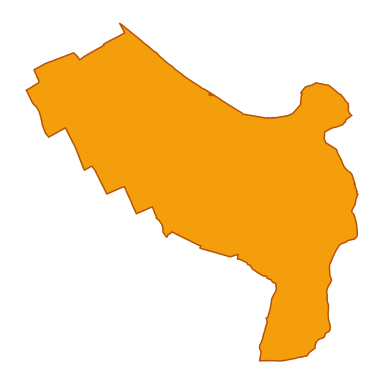 Muntenii De Sus, Vaslui, Romania
{"feature_id": "2599482B76397304697480", "entity_name": "Muntenii De Sus", "entity_type": "district", "adm_level": 2, "iso_a3": "ROU", "parent_name": "Romania", "parent_adm1": "Vaslui", "projection": "albers", "projection_center": [27.767, 46.691], "detail": "fine", "context": "isolated", "style": "filled", "palette": "amber", "viewbox_px": 384, "rotation_deg": 0, "n_neighbors": 0, "source": "geoboundaries", "source_scale": "gbopen_adm2", "svg_char_len": 5941}
<svg xmlns="http://www.w3.org/2000/svg" viewBox="0 0 384 384"><path d="M306.5,356.1L306.9,355.8L307.8,354.7L308.4,354.0L309.2,352.6L311.1,351.0L314.8,348.4L315.1,347.7L315.0,346.4L315.2,345.2L315.8,343.4L316.4,341.9L317.8,340.3L319.7,338.9L321.2,338.5L322.0,338.3L323.0,337.8L323.9,337.2L324.6,336.6L324.8,335.5L325.2,334.5L325.5,333.6L326.1,333.0L327.9,332.1L328.8,331.6L329.1,331.2L329.8,330.2L330.1,329.3L330.2,326.6L329.9,324.3L329.8,323.8L329.1,322.0L328.5,319.3L328.2,316.9L328.2,315.7L328.1,313.9L328.2,311.8L328.5,307.9L328.5,306.4L328.5,305.5L328.3,304.4L328.1,303.8L327.7,302.8L327.4,301.9L327.1,298.3L327.2,294.4L326.7,292.4L326.7,291.4L326.8,290.4L327.4,288.5L328.2,286.4L328.7,285.6L330.4,283.1L330.9,281.7L331.3,280.7L331.4,280.4L331.4,279.6L331.2,278.8L330.2,276.3L329.9,275.3L329.8,273.3L329.7,271.7L329.6,270.1L329.5,269.1L329.4,267.0L329.5,265.7L329.7,264.8L330.0,264.0L330.5,263.0L331.0,261.7L332.0,259.5L332.4,258.5L332.9,256.8L333.5,255.5L334.1,254.3L335.6,251.3L337.1,248.7L338.7,246.2L339.7,244.9L340.3,244.6L341.0,244.0L342.0,243.5L343.9,242.9L345.8,242.1L348.3,240.5L348.9,240.4L349.5,240.1L350.3,240.0L353.8,239.2L354.8,238.8L355.4,238.3L356.5,236.9L357.1,235.8L357.3,234.9L357.3,233.7L357.2,231.4L357.0,228.9L356.8,227.1L356.6,225.0L356.2,223.0L356.2,222.5L356.2,222.3L355.6,220.3L355.5,219.7L355.2,218.6L354.8,217.2L354.5,216.4L354.1,215.2L353.8,214.4L352.9,213.5L352.5,213.1L352.2,212.7L351.9,212.1L351.8,211.1L352.3,209.6L353.2,207.8L354.4,205.8L355.1,204.3L355.4,203.1L355.5,202.5L355.8,200.1L356.0,199.2L356.5,197.9L357.0,196.3L357.6,195.1L357.7,194.8L357.8,194.3L357.7,193.9L356.8,193.1L356.5,192.0L357.1,191.7L356.8,191.0L355.6,187.5L354.4,184.2L355.1,184.1L354.7,183.0L352.3,175.6L351.7,174.1L351.2,173.4L350.8,173.0L350.3,172.5L349.7,172.1L348.9,171.6L347.3,170.4L346.7,169.7L345.6,168.6L344.3,167.1L343.9,166.2L342.7,163.6L342.2,162.4L341.5,160.6L340.1,157.8L338.2,154.1L337.5,153.1L337.2,151.7L336.7,149.8L336.1,149.2L331.1,146.0L327.6,143.8L325.8,143.0L325.6,142.2L325.3,141.5L325.0,140.6L324.5,139.6L324.3,138.8L324.1,138.1L324.3,137.4L324.4,136.6L324.5,135.9L324.5,135.2L324.6,133.6L324.7,132.6L324.9,132.0L325.7,131.4L328.9,129.7L331.8,128.2L332.9,127.7L333.8,127.6L334.6,127.4L336.4,126.9L336.9,126.9L337.5,126.7L342.6,124.7L343.4,123.5L344.0,123.2L344.4,122.7L345.4,121.9L345.6,120.3L346.1,119.7L346.8,119.0L351.7,115.5L351.5,115.3L350.9,114.7L349.6,113.3L348.6,111.2L348.3,110.3L348.5,106.3L348.1,103.3L346.7,102.3L345.3,100.6L343.7,98.0L342.7,96.8L341.3,95.4L341.1,94.6L340.6,94.5L339.4,94.2L337.5,92.5L332.5,88.3L328.7,85.3L324.6,84.6L319.7,83.6L316.0,82.8L313.2,84.4L311.4,85.3L307.4,86.2L305.4,87.1L304.0,88.6L300.8,92.9L302.2,93.8L301.4,95.4L300.6,102.2L300.7,104.5L293.9,112.2L292.3,113.8L288.1,115.5L285.7,116.1L279.8,117.0L273.6,118.1L273.7,117.9L273.7,117.5L270.1,118.1L268.2,117.6L267.7,118.3L258.3,116.7L243.0,114.1L241.9,113.0L230.3,105.8L222.4,100.9L221.3,100.0L212.8,94.4L212.5,95.6L209.2,95.1L209.3,93.8L211.7,93.8L210.1,92.7L204.8,89.4L202.2,88.3L200.5,87.1L199.6,86.4L195.8,84.0L188.6,79.3L185.0,76.9L183.6,75.7L181.3,73.8L178.4,71.7L175.5,69.5L172.2,66.5L167.2,62.9L165.3,61.2L162.9,59.0L159.7,56.4L157.8,54.3L156.4,52.5L154.4,51.7L147.7,45.9L144.0,43.1L141.0,40.4L125.2,27.6L122.3,25.2L120.0,23.6L119.4,23.0L120.2,24.3L121.2,26.2L122.3,28.4L123.9,31.3L124.6,32.9L123.8,33.4L118.0,36.6L109.9,40.7L103.4,44.3L103.8,45.4L97.5,48.9L89.2,53.6L86.2,55.3L83.6,57.0L81.8,58.5L79.7,59.7L79.3,59.4L79.1,59.0L77.8,57.1L77.4,56.5L73.7,52.8L49.8,61.9L46.7,63.0L45.3,63.6L43.2,64.7L39.6,66.8L37.4,67.8L36.2,68.6L34.9,69.3L34.2,69.5L34.5,70.8L34.9,71.7L35.2,72.9L35.6,73.7L36.1,74.3L36.5,75.4L36.9,76.4L36.9,77.2L37.5,77.6L37.8,78.1L38.0,78.9L39.0,81.1L38.9,81.6L38.8,82.4L38.4,83.0L34.4,85.2L31.3,87.4L26.2,90.3L26.7,91.0L28.4,94.4L32.2,102.3L33.3,103.9L34.3,104.9L35.1,105.6L36.9,107.7L38.2,109.8L39.1,111.7L40.3,115.3L41.1,118.7L41.5,120.1L42.0,122.6L42.3,124.8L43.2,127.3L44.3,130.2L45.1,132.0L45.5,133.2L46.1,134.1L46.7,134.6L48.1,136.3L48.7,137.1L65.4,127.9L67.3,131.5L70.2,137.4L74.4,145.5L75.5,147.7L78.8,156.2L82.4,165.6L84.2,170.0L84.5,170.1L85.9,169.4L90.2,166.9L91.6,166.3L92.4,166.5L93.0,167.7L94.2,169.2L95.3,170.9L99.1,178.6L101.8,183.9L105.1,190.5L106.9,194.0L120.1,188.2L122.7,187.2L124.2,186.8L124.6,187.1L127.6,194.1L130.6,200.4L132.5,205.3L136.4,213.7L144.4,210.3L152.4,206.8L152.5,207.1L154.7,213.1L156.3,216.4L156.4,218.4L157.1,218.8L158.6,219.9L160.4,222.3L161.4,223.7L162.1,225.0L162.5,226.6L163.0,229.3L163.0,231.0L162.9,231.4L163.2,232.4L164.3,234.1L165.2,235.3L166.4,237.0L166.9,237.1L167.1,236.8L168.3,234.3L168.9,234.1L170.3,233.5L171.2,232.7L171.7,231.8L177.0,234.5L197.9,244.8L200.7,245.9L199.9,247.9L200.9,248.5L219.7,253.8L230.2,256.9L237.8,254.4L238.1,254.9L237.4,258.9L238.4,259.4L239.0,259.0L243.7,261.1L244.3,261.6L245.1,261.8L246.5,262.4L247.4,263.9L247.6,264.5L248.7,264.8L250.1,265.4L250.7,265.9L251.1,267.0L252.4,269.0L253.2,269.4L256.9,272.1L258.1,272.9L260.3,274.2L263.4,276.0L264.7,276.1L265.1,275.9L265.8,275.8L266.5,276.3L266.5,277.0L266.9,278.0L267.7,278.5L268.9,279.1L269.8,279.2L271.0,279.8L271.7,280.9L272.7,282.2L273.5,282.7L274.0,282.9L274.8,282.8L275.6,283.7L276.4,288.6L275.7,291.6L274.7,292.8L271.8,298.7L270.4,307.8L269.6,311.1L268.9,313.0L268.3,315.5L267.6,317.2L266.1,318.2L266.7,319.1L266.6,319.8L266.8,320.4L267.1,322.5L266.9,323.7L266.4,324.6L266.1,325.7L265.2,328.7L264.9,330.4L264.4,332.0L264.2,332.1L263.8,333.8L263.1,336.1L263.0,336.9L262.8,337.7L262.6,338.2L262.6,339.0L262.3,339.9L261.9,340.6L261.7,340.9L261.6,341.5L261.4,342.3L260.9,342.9L260.5,343.9L260.0,344.8L259.6,346.6L259.5,347.7L260.3,350.4L260.9,351.0L261.2,352.0L260.8,353.8L259.6,360.8L265.6,360.7L272.3,360.6L276.9,360.8L280.6,361.0L283.1,360.6L284.8,360.4L289.6,359.5L292.6,358.8L294.5,358.7L295.8,358.1L298.2,357.5L299.9,357.2L301.9,357.1L302.9,356.8L303.9,356.3L305.1,356.1L306.0,356.1L306.5,356.1Z" fill="#f59e0b" stroke="#b45309" stroke-width="1.5"/></svg>